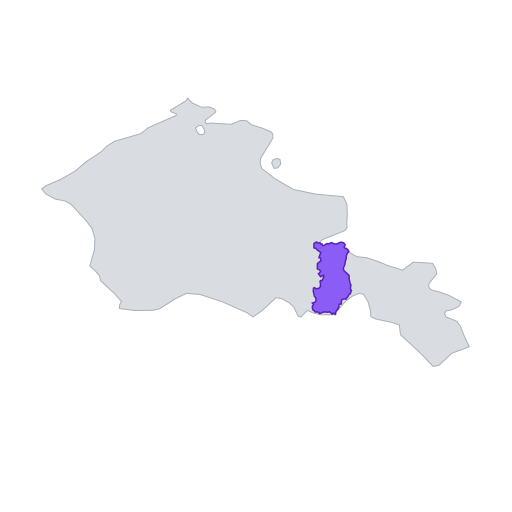 Vayk, Vayots Dzor, Armenia shown in context, rotated 337°
{"feature_id": "60910142B90303504942673", "entity_name": "Vayk", "entity_type": "district", "adm_level": 2, "iso_a3": "ARM", "parent_name": "Armenia", "parent_adm1": "Vayots Dzor", "projection": "mercator", "projection_center": [45.554, 39.753], "detail": "fine", "context": "in_parent", "style": "filled", "palette": "violet", "viewbox_px": 512, "rotation_deg": 337, "n_neighbors": 0, "source": "geoboundaries", "source_scale": "gbopen_adm2", "svg_char_len": 6601}
<svg xmlns="http://www.w3.org/2000/svg" viewBox="0 0 512 512"><g transform="rotate(337 256 256)"><path d="M229.5,310.9L225.7,304.8L206.9,284.8L189.4,269.5L177.4,263.2L165.3,263.8L146.5,266.9L139.6,265.6L123.3,258.9L109.6,250.9L111.5,247.6L114.4,245.2L110.9,234.9L103.3,218.1L104.2,212.9L101.8,205.7L99.1,200.2L109.8,187.1L114.7,176.5L115.8,166.2L112.9,155.5L105.9,136.1L101.5,130.5L93.5,125.2L86.7,116.6L85.0,110.4L90.7,109.2L107.3,109.1L123.4,107.0L136.1,102.9L154.3,99.5L161.9,96.5L170.7,95.1L197.4,98.3L207.4,95.8L237.4,95.4L238.2,94.1L234.1,90.0L234.2,88.4L252.1,85.8L254.8,83.9L257.2,90.4L263.9,97.7L271.3,100.6L275.2,104.6L275.4,107.7L262.4,111.3L261.5,113.2L262.4,115.0L266.2,115.9L284.4,125.0L294.8,125.2L300.3,127.9L303.0,133.4L311.7,140.7L318.6,147.9L319.0,150.4L317.7,154.0L298.3,168.0L295.9,172.8L295.6,177.9L304.1,193.0L316.6,209.5L334.7,222.1L359.6,235.6L359.9,244.0L356.0,254.0L352.6,260.8L351.0,265.4L348.0,267.3L323.2,266.9L319.5,268.5L317.9,270.5L317.7,272.1L326.7,275.1L340.6,285.8L348.6,296.1L356.9,300.6L366.2,308.8L373.7,316.4L385.4,326.3L398.4,323.1L415.8,331.8L416.5,337.8L415.4,343.1L404.5,348.9L403.1,351.3L403.1,353.4L404.6,356.2L411.0,360.9L418.5,368.0L427.0,378.5L423.2,381.6L415.3,382.1L409.1,380.8L407.0,382.9L407.1,386.3L415.1,394.3L416.7,400.1L416.4,410.2L416.8,422.9L398.0,422.0L381.9,428.1L375.9,426.9L371.9,416.1L368.4,407.4L358.2,384.9L361.0,375.6L355.3,370.3L341.5,360.7L338.0,356.7L340.0,351.3L341.3,341.3L340.0,333.2L336.3,330.7L329.4,330.6L321.1,332.6L304.4,340.4L292.7,335.4L286.0,330.4L282.1,326.2L273.4,329.7L271.3,328.0L270.8,317.5L268.2,311.9L263.0,305.3L258.1,302.2L240.2,308.7L229.5,310.9ZM257.3,122.0L257.8,118.1L257.0,114.6L254.1,113.5L250.5,114.5L250.2,118.3L251.3,122.0L254.9,123.6L257.3,122.0ZM314.7,181.0L310.6,183.4L306.8,182.3L306.8,176.4L309.5,174.0L312.8,174.2L315.8,176.3L314.7,181.0Z" fill="#d9dde1" stroke="#a8b0b8" stroke-width="1"/><path d="M314.1,267.2L313.9,267.8L312.7,270.7L312.5,271.1L314.2,272.6L314.7,274.3L317.1,278.3L315.4,279.7L313.3,282.1L314.4,282.8L314.0,285.9L311.5,286.3L309.5,287.1L307.4,291.8L309.0,293.6L309.6,294.9L308.5,296.1L306.5,296.7L307.4,300.4L310.7,300.1L310.7,301.0L309.1,302.8L306.9,304.5L305.9,303.8L305.0,304.3L304.7,306.2L303.3,309.4L301.1,310.3L298.6,309.7L297.6,308.0L296.3,308.1L295.0,310.6L294.0,315.9L294.7,318.1L293.8,320.6L292.2,321.6L289.5,321.3L290.1,323.1L288.3,324.2L288.3,324.5L288.1,324.9L287.9,325.2L287.8,325.3L287.6,325.8L287.5,326.1L287.5,326.4L287.6,326.7L287.6,326.9L287.6,327.0L287.4,327.1L287.3,327.3L287.3,327.7L287.4,328.1L287.6,328.4L287.7,328.5L287.9,328.6L288.0,328.8L288.2,329.1L288.3,329.2L288.3,329.3L288.3,329.5L288.4,330.0L288.5,330.3L288.7,330.6L288.9,330.9L289.2,331.0L289.5,331.1L289.8,331.2L290.1,331.2L290.4,331.2L290.6,331.3L290.7,331.5L290.9,331.8L291.1,332.0L291.4,332.3L291.8,332.6L292.0,332.8L292.0,333.2L291.9,333.5L292.0,333.9L292.2,334.0L292.6,334.0L292.9,334.0L293.2,334.0L293.5,334.0L294.0,333.9L294.3,333.9L294.5,333.8L294.8,333.8L295.0,333.9L295.3,334.0L295.8,334.1L296.1,334.0L296.4,334.0L296.6,334.0L296.8,334.0L297.1,334.3L297.4,334.5L297.7,334.5L297.9,334.5L298.2,334.5L298.4,334.6L298.5,334.8L298.7,335.0L298.8,335.1L299.0,335.3L299.2,335.5L299.4,335.6L299.9,335.6L300.1,335.7L300.4,335.7L300.6,335.9L300.9,336.0L301.1,336.1L301.5,336.1L301.8,336.1L302.0,336.1L302.2,336.4L302.2,336.5L302.3,336.7L302.4,337.0L302.5,337.3L302.6,337.5L302.8,337.8L303.0,338.0L303.1,338.5L303.1,338.8L303.2,339.0L303.3,339.3L303.6,339.4L303.9,339.3L304.1,339.3L304.3,339.2L304.6,339.0L304.8,338.9L305.0,338.8L305.3,338.9L305.4,339.1L305.4,339.4L305.5,339.6L305.6,339.8L305.7,340.0L305.9,340.3L306.0,340.5L306.0,340.8L306.3,340.9L306.5,340.7L306.8,340.2L306.9,339.8L307.0,339.7L307.1,339.4L307.2,339.2L307.3,339.1L307.5,338.9L307.6,338.7L307.8,338.5L307.9,338.4L308.1,338.2L308.5,337.9L309.0,337.7L309.4,337.4L309.5,337.2L309.9,337.1L310.1,337.1L310.5,337.0L310.7,336.8L310.9,336.8L311.0,336.4L311.0,336.2L311.4,335.9L311.6,335.9L311.8,335.9L312.0,335.9L312.3,335.6L312.4,335.3L312.5,335.1L312.7,334.7L312.9,334.2L313.0,333.9L313.0,333.7L313.2,333.3L313.4,333.2L313.8,333.0L314.1,332.9L314.5,333.0L314.8,333.1L315.0,333.2L315.2,333.4L315.4,333.5L315.6,333.5L315.8,333.4L316.0,333.2L316.2,332.7L316.3,332.4L316.5,332.0L316.6,331.8L316.8,331.4L316.9,331.1L317.1,330.8L317.2,330.5L317.3,330.2L317.5,330.1L317.7,329.9L318.1,329.9L318.4,329.9L318.6,329.8L318.8,329.7L319.1,329.7L319.3,329.7L319.5,329.9L319.9,329.8L320.1,329.8L320.3,329.9L320.6,330.0L320.8,330.2L321.0,330.3L321.2,330.5L321.4,330.6L321.5,330.7L321.8,330.7L322.1,330.7L322.3,330.7L322.4,330.8L322.6,330.7L322.7,330.2L322.8,330.0L323.0,330.0L323.4,330.0L323.7,329.9L323.9,329.8L324.1,329.6L324.4,329.5L324.7,329.3L324.9,329.2L325.4,328.8L325.7,328.4L325.9,328.2L326.0,328.1L326.3,327.9L326.5,327.9L327.1,327.8L327.5,327.7L327.8,327.6L328.1,327.6L328.3,327.5L328.4,327.4L328.4,327.1L328.4,326.9L328.6,326.7L328.9,326.4L329.2,326.2L329.5,326.1L329.6,325.9L329.7,325.7L329.8,325.4L330.0,325.2L330.4,325.0L330.2,324.4L330.0,323.5L330.4,322.3L331.6,320.6L332.1,319.6L331.9,318.6L331.9,317.6L332.3,316.3L332.6,314.1L333.4,312.0L334.0,310.7L334.0,309.9L331.4,304.2L331.2,302.9L331.4,302.0L332.0,300.9L334.3,298.8L336.5,295.3L338.0,293.7L339.2,291.1L340.2,290.0L341.7,288.8L343.3,288.1L343.2,287.8L343.0,287.4L343.0,287.0L343.1,286.8L343.2,286.6L343.1,286.3L343.0,286.0L342.9,285.6L342.7,285.3L342.4,285.2L342.1,285.0L342.1,284.7L342.1,284.3L342.0,284.2L341.7,284.0L341.5,283.9L341.1,283.7L340.9,283.4L340.8,283.2L340.7,282.9L340.6,282.6L340.6,282.4L340.6,282.2L340.8,282.1L341.2,281.8L341.7,281.5L341.9,281.3L342.2,280.9L342.4,280.5L342.4,280.1L342.3,279.9L342.3,279.6L342.1,279.0L342.0,278.6L341.8,278.2L341.7,278.0L341.4,277.7L341.0,277.5L340.8,277.3L340.3,276.9L339.6,276.5L338.9,276.4L338.2,276.3L337.3,276.3L336.8,276.5L336.2,276.5L335.8,276.5L335.4,276.5L335.1,276.4L334.9,276.5L334.6,276.4L334.2,276.2L333.9,276.0L333.5,275.8L333.1,275.6L332.7,275.3L332.1,274.7L331.5,274.0L331.2,273.5L330.9,273.3L330.6,273.2L329.8,273.2L328.7,273.1L327.7,273.1L327.1,273.1L326.8,273.0L326.5,272.8L326.4,272.6L326.3,272.3L326.1,272.3L325.8,272.3L325.4,272.4L325.1,272.4L325.0,272.5L324.9,272.5L324.6,272.5L324.2,272.6L323.7,272.7L323.3,272.8L322.9,272.9L322.7,272.8L322.2,272.6L321.7,272.6L321.3,272.5L321.3,272.1L321.3,271.7L321.4,271.2L321.4,270.6L321.0,270.6L320.8,270.6L320.5,270.5L320.4,270.3L320.2,270.0L320.2,269.7L320.2,269.4L320.2,269.1L320.1,268.9L320.0,268.7L318.9,268.5L317.9,268.3L317.6,268.0L317.6,267.3L317.4,267.0L317.0,266.7L316.2,266.7L314.1,267.2Z" fill="#8b5cf6" stroke="#5b21b6" stroke-width="1.5"/></g></svg>